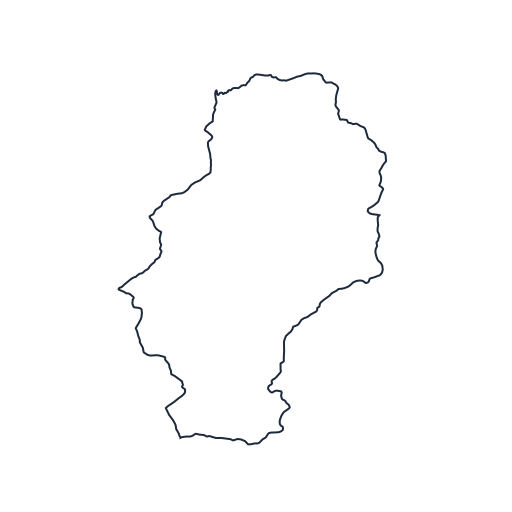 Caicedo, Antioquia, Colombia (Natural Earth projection), rotated 236°
{"feature_id": "7082276B63168909868721", "entity_name": "Caicedo", "entity_type": "district", "adm_level": 2, "iso_a3": "COL", "parent_name": "Colombia", "parent_adm1": "Antioquia", "projection": "natural_earth1", "projection_center": [-75.997, 6.426], "detail": "fine", "context": "isolated", "style": "outline", "palette": "slate", "viewbox_px": 512, "rotation_deg": 236, "n_neighbors": 0, "source": "geoboundaries", "source_scale": "gbopen_adm2", "svg_char_len": 6127}
<svg xmlns="http://www.w3.org/2000/svg" viewBox="0 0 512 512"><g transform="rotate(236 256 256)"><path d="M147.5,91.7L147.3,93.1L146.3,95.4L144.7,98.2L143.6,99.7L142.8,101.3L142.4,103.5L142.5,105.9L142.1,106.9L139.5,109.3L136.7,112.7L133.8,114.3L132.8,116.7L128.1,120.5L126.9,121.9L124.7,125.3L119.4,131.3L118.4,132.4L115.9,133.9L114.6,138.4L112.4,140.9L108.7,143.4L104.3,144.1L103.0,146.1L101.2,150.4L99.7,152.5L99.4,154.1L99.6,155.7L100.3,158.9L100.1,162.7L101.7,166.3L101.9,167.1L101.9,167.7L101.1,169.9L97.8,175.2L97.1,176.7L96.7,178.2L96.7,180.4L96.9,181.0L98.0,182.0L99.1,182.5L99.7,182.6L101.1,181.9L102.3,181.7L103.4,181.9L104.7,182.5L106.1,183.5L107.2,184.7L109.4,187.8L111.0,191.5L111.2,198.2L111.7,199.3L112.2,199.6L114.4,199.9L117.4,199.0L119.3,199.2L120.3,198.9L122.2,197.8L123.1,197.7L125.6,198.4L126.7,199.2L128.4,200.9L129.0,201.1L129.7,201.1L132.5,198.3L133.4,196.7L133.6,196.0L133.7,193.4L134.4,192.4L135.8,191.9L137.2,191.8L138.8,191.7L139.7,192.1L140.9,193.5L141.1,194.7L141.0,197.1L141.2,197.6L141.6,198.2L142.9,198.6L143.4,198.9L144.0,200.0L144.1,201.2L143.9,202.8L144.2,205.2L145.6,210.3L146.1,211.7L146.7,212.3L148.1,212.9L153.0,216.1L153.2,216.5L153.2,217.1L153.0,218.3L153.0,219.4L153.2,220.0L153.6,220.5L156.5,222.4L161.2,226.0L169.2,231.2L170.7,232.9L172.9,236.0L173.7,240.6L173.7,242.4L175.0,245.3L176.6,247.3L175.8,250.4L175.6,252.4L175.8,253.5L177.5,257.4L177.7,258.3L177.6,261.1L176.9,263.6L176.7,264.9L176.9,269.1L176.3,275.1L177.3,276.8L178.6,277.7L178.7,278.1L178.6,280.0L179.2,281.0L180.4,281.9L181.3,283.7L181.8,288.0L181.9,293.7L182.0,295.0L182.7,297.7L182.7,298.8L182.2,303.4L182.5,305.8L180.5,309.7L179.7,312.2L179.2,314.5L179.0,316.8L179.7,321.4L179.7,322.3L179.4,324.1L178.9,325.9L177.7,328.3L176.3,330.0L175.0,330.9L172.6,331.7L172.2,332.0L171.6,333.4L171.6,334.6L171.8,335.1L173.5,337.6L173.4,338.6L172.3,341.8L170.9,347.5L170.8,348.2L171.0,349.1L171.9,351.4L173.9,353.5L177.4,355.3L180.1,355.6L183.8,354.7L185.3,354.8L188.3,355.5L191.7,356.8L193.2,357.7L194.6,358.9L196.6,362.0L199.6,363.3L199.9,363.7L200.6,365.7L200.9,366.3L202.0,367.1L202.5,367.7L202.9,368.8L203.4,369.4L205.4,370.1L207.9,370.5L208.9,370.8L211.2,372.5L213.3,374.6L217.7,376.9L219.8,378.4L220.2,379.0L220.8,381.1L222.1,379.9L225.5,376.0L227.2,374.4L229.4,373.7L230.7,373.7L231.0,373.9L232.2,375.2L232.4,375.8L232.0,380.7L232.1,383.0L232.6,387.4L233.3,388.7L238.2,395.1L240.2,398.7L241.3,399.0L243.7,398.4L244.9,397.8L245.7,397.8L247.8,401.0L250.1,403.0L252.2,404.2L255.8,404.9L257.1,405.7L257.6,406.3L258.6,408.7L260.7,412.8L261.9,416.8L266.8,419.7L269.5,420.3L270.8,419.5L272.5,418.0L274.6,416.9L275.4,416.9L276.1,417.2L279.0,416.7L281.6,417.3L283.5,417.3L287.3,416.4L290.8,414.8L292.0,415.0L299.4,417.4L300.9,417.6L302.4,417.3L305.6,415.1L308.1,414.1L309.2,413.5L309.9,412.7L311.0,410.2L313.2,408.9L314.9,407.1L315.8,407.0L317.6,407.4L318.1,407.2L321.0,403.9L321.7,402.4L322.4,402.1L328.0,403.6L329.8,405.7L330.6,406.2L335.5,405.9L337.1,406.5L338.8,408.3L341.4,409.8L343.8,411.9L344.8,412.9L348.6,417.4L349.2,418.0L350.0,418.2L351.3,418.3L352.4,418.1L354.4,417.4L355.6,416.6L357.4,415.8L358.0,415.3L360.3,411.4L360.9,410.9L365.0,410.6L368.4,411.6L368.9,411.2L369.6,411.3L371.3,410.3L374.2,407.3L378.5,400.8L379.4,398.1L380.3,393.8L381.7,390.3L382.6,386.0L384.5,379.0L385.9,377.6L386.8,376.1L387.6,375.0L388.8,373.9L391.1,372.8L392.4,372.7L393.0,372.5L393.5,371.9L394.1,370.5L395.0,369.7L395.5,369.4L397.5,369.5L398.0,369.1L398.3,368.7L398.8,367.0L400.6,364.4L403.8,361.0L406.3,357.9L406.7,356.3L406.8,355.7L406.2,353.7L406.6,351.5L406.4,350.8L405.1,348.6L404.7,347.3L404.4,345.5L403.6,343.7L403.4,342.7L404.6,341.2L405.1,340.0L405.3,339.2L405.0,336.2L405.1,335.3L405.5,334.6L407.3,332.2L408.0,330.2L407.5,327.8L407.8,327.2L408.5,326.6L408.7,325.6L407.9,324.7L408.1,323.7L407.8,322.5L408.1,321.8L408.7,321.4L408.5,319.6L408.9,319.2L410.0,319.3L411.1,318.3L411.3,317.0L410.6,315.2L410.7,314.7L411.1,314.4L413.0,314.7L414.2,315.5L414.9,315.7L415.3,315.7L415.3,315.0L414.2,313.7L413.0,312.7L409.6,310.9L405.6,309.3L404.9,308.6L402.6,304.9L401.9,304.3L400.1,304.0L398.6,301.4L397.6,299.9L396.6,299.0L391.8,295.4L391.9,291.8L391.2,287.2L389.3,284.1L388.4,284.0L385.7,285.2L381.2,286.4L379.8,286.5L379.0,286.2L378.5,285.7L377.7,283.5L377.6,280.7L376.8,279.5L375.9,278.9L373.6,277.6L366.2,275.0L362.5,272.9L360.9,272.4L357.7,270.2L356.7,269.7L354.1,267.5L352.7,266.7L350.7,264.8L350.4,263.0L350.7,260.3L350.7,257.5L350.0,251.9L351.1,246.4L351.1,242.3L351.0,241.7L349.7,238.0L349.2,236.3L349.0,232.0L349.6,229.4L351.6,225.5L353.5,220.8L354.0,219.2L353.1,216.7L353.3,214.9L353.2,213.6L353.3,211.4L353.0,209.0L352.6,208.1L351.1,206.6L350.6,205.7L350.4,204.7L350.4,199.0L350.1,197.8L348.3,194.7L348.1,193.9L348.4,191.5L348.4,190.3L348.0,189.7L347.2,189.5L346.3,189.4L343.3,190.0L341.1,189.6L337.7,188.6L334.8,188.5L331.6,189.4L329.2,190.7L328.8,190.7L324.5,186.0L321.0,184.1L319.1,183.9L318.4,183.7L315.6,180.3L313.2,180.4L312.5,180.1L310.9,177.6L309.4,175.9L309.1,175.4L308.9,174.1L309.0,170.4L307.6,168.1L307.6,166.2L307.0,162.5L305.8,159.8L305.6,158.9L305.9,156.2L305.4,152.5L305.6,151.4L306.4,149.5L306.3,146.5L305.9,144.6L306.6,142.7L306.8,139.7L305.9,130.3L305.4,127.7L305.9,125.0L305.8,124.2L305.5,123.6L304.8,123.5L304.2,123.8L299.9,126.7L297.7,127.5L296.6,128.9L295.2,130.1L290.7,131.4L289.6,131.2L288.7,129.4L286.3,127.4L285.4,126.8L282.6,126.1L281.8,126.3L281.1,126.8L279.1,129.2L277.7,130.6L276.3,131.2L275.7,131.2L272.6,129.6L269.5,127.0L267.9,124.9L265.8,121.0L263.7,116.4L263.1,115.8L260.1,115.3L254.9,113.5L251.6,112.8L249.3,111.4L243.4,110.9L239.1,109.1L237.7,109.4L236.8,110.0L235.0,110.6L232.6,112.6L229.3,118.2L227.6,120.1L223.4,123.8L222.6,123.9L221.2,122.9L220.5,122.7L215.9,123.3L214.3,123.1L212.0,122.0L208.4,121.3L205.6,119.7L205.1,119.8L202.0,121.5L193.3,124.6L192.3,124.0L190.3,123.5L189.9,123.2L189.1,121.6L188.9,121.5L187.0,121.8L185.7,122.5L184.8,122.4L183.1,121.3L182.1,119.9L181.4,116.3L181.3,112.0L180.8,106.6L180.8,98.9L180.4,96.2L172.8,95.1L166.5,95.4L162.5,95.1L160.5,94.7L157.2,93.1L152.0,92.7L149.6,92.0L147.8,91.9L147.5,91.7Z" fill="none" stroke="#1e293b" stroke-width="2"/></g></svg>